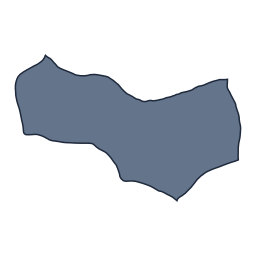 outline of Keren, Anseba, Eritrea
{"feature_id": "51966322B84678224414542", "entity_name": "Keren", "entity_type": "district", "adm_level": 2, "iso_a3": "ERI", "parent_name": "Eritrea", "parent_adm1": "Anseba", "projection": "mercator", "projection_center": [38.411, 15.802], "detail": "fine", "context": "isolated", "style": "filled", "palette": "slate", "viewbox_px": 256, "rotation_deg": 0, "n_neighbors": 0, "source": "geoboundaries", "source_scale": "gbopen_adm2", "svg_char_len": 3004}
<svg xmlns="http://www.w3.org/2000/svg" viewBox="0 0 256 256"><path d="M238.5,114.2L237.3,110.7L236.8,109.1L236.0,106.6L235.6,104.2L235.0,102.7L234.1,101.0L233.3,99.4L231.1,95.3L229.5,91.9L228.4,90.2L227.6,88.5L227.3,87.5L227.2,86.5L227.2,85.0L227.3,83.8L227.4,81.7L227.5,79.3L225.3,79.6L222.2,79.6L219.5,79.6L217.2,80.3L213.2,81.3L210.6,82.2L208.3,83.1L203.8,85.1L200.9,85.9L199.1,86.1L196.9,87.0L194.7,88.1L193.7,88.8L191.5,90.2L190.6,90.4L187.6,91.4L183.8,92.2L181.2,92.8L178.7,94.1L176.4,94.5L174.7,95.4L172.9,95.9L171.3,96.6L169.4,97.1L166.8,97.6L164.8,98.3L162.8,99.1L160.1,99.6L157.9,100.1L157.3,100.3L155.0,100.6L153.3,100.9L151.3,100.5L149.7,100.5L148.1,100.8L146.4,101.4L144.1,101.6L141.8,101.1L140.2,100.1L138.5,99.4L136.7,99.2L134.0,97.6L132.2,96.4L126.9,93.7L124.3,91.4L122.9,90.0L121.7,88.8L120.7,87.5L118.1,84.4L116.7,83.4L114.3,81.3L112.6,80.0L110.7,78.8L108.2,77.1L105.7,76.3L102.7,75.7L99.3,75.1L97.0,74.7L95.0,74.5L93.1,74.5L90.4,74.7L88.1,75.3L85.6,75.7L82.3,75.8L80.2,75.7L78.4,75.4L76.8,75.2L75.0,74.6L72.3,73.3L67.9,71.5L63.3,69.7L60.1,68.3L58.1,67.1L57.1,66.2L56.4,65.3L55.3,64.0L53.9,62.6L51.6,59.9L50.1,58.5L48.8,57.8L47.3,56.9L45.4,55.3L44.7,57.2L43.9,58.5L43.4,59.3L42.8,60.1L41.9,61.0L40.3,62.3L38.3,63.7L37.0,64.5L33.7,66.1L30.0,68.2L26.9,69.9L25.1,71.0L23.8,71.7L22.6,72.6L21.1,73.6L20.1,74.4L19.4,75.2L18.5,76.2L17.7,77.4L16.9,79.2L16.3,81.0L15.6,83.8L15.4,86.0L15.4,89.0L15.6,91.3L15.8,95.4L16.7,100.1L17.5,103.2L18.5,106.3L19.2,108.4L20.1,112.0L20.8,115.6L21.7,120.2L22.5,123.4L23.1,126.9L23.3,128.9L23.4,130.5L23.5,131.3L23.6,132.1L23.9,133.0L24.4,133.7L25.0,134.2L25.8,134.6L27.0,134.7L28.1,134.7L29.6,134.7L31.6,134.6L34.2,134.4L36.0,134.4L36.7,134.4L37.6,134.6L38.6,134.8L41.7,135.8L44.4,137.0L47.7,138.8L49.0,139.6L49.9,140.0L50.8,140.3L51.7,140.5L52.9,140.8L54.9,141.0L60.7,141.9L62.7,142.3L65.7,142.6L70.9,142.8L73.9,143.0L77.1,143.1L81.2,143.2L85.9,143.2L88.3,143.2L91.1,143.4L92.1,143.6L93.2,144.1L94.7,145.3L95.7,146.3L96.9,147.3L97.7,147.9L98.9,148.8L102.6,150.7L104.7,151.8L105.5,152.3L106.8,153.3L108.3,154.9L109.1,155.7L111.1,158.1L112.8,160.5L114.3,162.6L114.7,163.1L115.8,164.4L116.2,165.0L117.6,168.2L118.5,170.8L119.4,173.5L119.8,175.8L120.0,176.7L120.3,177.3L120.8,178.2L121.5,179.1L122.3,179.8L123.3,180.6L124.1,180.9L125.2,181.1L126.0,181.2L126.5,181.2L129.7,181.0L132.6,181.0L136.0,181.4L142.4,183.2L147.0,184.8L150.8,186.3L153.5,187.8L156.5,189.6L158.8,190.9L160.9,191.3L161.6,191.5L163.9,192.5L167.3,194.4L170.0,195.7L172.3,197.0L173.1,197.5L177.0,200.7L177.4,199.3L178.2,198.3L179.3,197.3L180.4,196.6L182.1,195.6L185.4,193.1L188.1,190.3L190.9,187.5L193.5,184.3L197.1,179.6L200.8,176.0L203.2,174.3L205.2,172.7L207.7,171.3L209.6,170.5L211.7,169.5L215.5,168.1L218.7,167.0L222.8,165.4L227.0,163.8L231.6,162.2L235.0,161.2L238.3,159.9L238.1,155.9L238.2,151.9L238.2,148.3L238.7,143.3L239.9,137.6L240.3,133.5L240.6,128.7L240.5,126.4L240.1,124.3L239.7,122.7L239.2,119.4L239.1,117.1L238.5,114.2Z" fill="#64748b" stroke="#1e293b" stroke-width="1.5"/></svg>